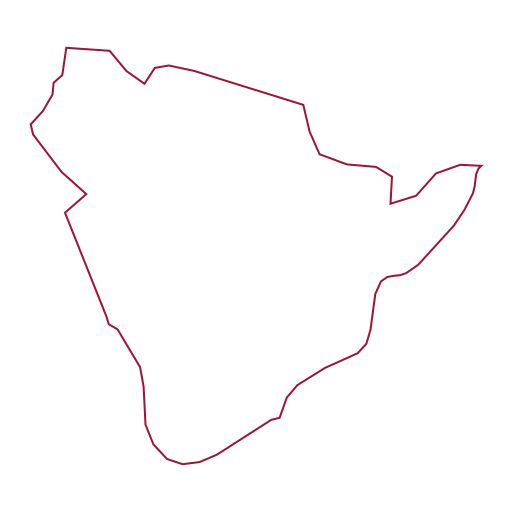 outline of Kabale
{"feature_id": "UGA-3375", "entity_name": "Kabale", "entity_type": "District", "adm_level": 1, "iso_a3": "UGA", "parent_name": "Uganda", "parent_adm1": "", "projection": "natural_earth1", "projection_center": [30.02, -1.25], "detail": "fine", "context": "isolated", "style": "outline", "palette": "rose", "viewbox_px": 512, "rotation_deg": 0, "n_neighbors": 0, "source": "natural_earth", "source_scale": "10m", "svg_char_len": 863}
<svg xmlns="http://www.w3.org/2000/svg" viewBox="0 0 512 512"><path d="M301.4,382.6L297.3,385.2L286.8,397.6L279.6,417.8L271.3,419.8L217.0,454.6L199.5,462.1L182.6,464.2L167.0,459.0L153.3,444.2L145.5,424.6L143.6,386.6L140.1,367.2L117.6,329.4L108.9,324.3L108.8,324.2L106.3,316.2L65.0,212.7L86.3,194.1L61.6,172.0L33.1,134.5L30.7,124.4L43.0,110.9L52.5,94.6L53.6,82.8L62.3,75.1L66.3,47.8L109.6,50.8L126.5,71.1L144.5,83.8L154.8,67.9L168.8,65.5L194.1,70.9L303.3,104.9L309.6,131.7L319.6,154.3L346.9,164.4L376.0,166.9L392.0,176.7L390.5,203.7L416.2,195.7L436.0,173.4L460.3,164.8L480.7,165.8L481.3,165.8L478.6,168.4L476.2,174.0L474.5,187.3L472.9,193.4L464.3,210.1L453.9,225.6L418.3,264.7L406.0,273.2L400.0,275.2L393.7,275.8L387.3,277.0L381.0,281.3L375.3,294.0L370.5,329.8L366.3,343.9L357.7,353.2L325.0,367.9L301.4,382.6Z" fill="none" stroke="#9f1239" stroke-width="2"/></svg>